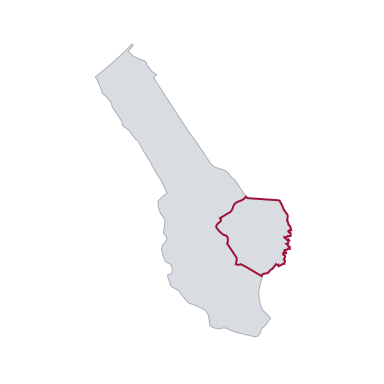 location of Atakora within Benin, rotated 147°
{"feature_id": "BEN-2181", "entity_name": "Atakora", "entity_type": "Department", "adm_level": 1, "iso_a3": "BEN", "parent_name": "Benin", "parent_adm1": "", "projection": "robinson", "projection_center": [1.484, 10.71], "detail": "fine", "context": "in_parent", "style": "outline", "palette": "rose", "viewbox_px": 384, "rotation_deg": 147, "n_neighbors": 0, "source": "natural_earth", "source_scale": "10m", "svg_char_len": 4486}
<svg xmlns="http://www.w3.org/2000/svg" viewBox="0 0 384 384"><g transform="rotate(147 192 192)"><path d="M161.9,348.8L161.3,347.1L168.8,344.9L167.3,338.2L162.6,330.3L160.8,328.8L159.9,324.9L161.0,322.3L160.4,320.6L160.1,315.3L157.8,309.4L162.0,309.1L162.0,290.2L162.0,272.1L162.0,256.6L162.0,244.4L161.1,229.7L161.0,218.9L160.9,204.7L159.3,200.3L153.0,192.8L151.3,188.9L151.0,183.7L149.5,178.4L149.4,169.1L149.3,158.3L148.8,156.6L141.9,151.4L132.2,144.1L124.7,138.5L124.2,138.1L123.4,136.7L124.5,120.3L126.1,118.1L128.4,111.4L129.6,105.9L130.7,105.9L132.2,104.1L133.4,101.5L134.7,102.1L136.8,102.6L137.8,101.7L137.7,99.6L138.4,97.6L140.1,96.7L140.5,94.8L140.6,92.7L142.0,92.2L144.5,92.3L146.6,91.6L148.2,90.5L150.3,86.3L151.5,84.8L151.9,83.7L153.1,82.8L156.4,82.4L159.1,82.7L160.8,85.2L172.3,83.0L177.8,84.3L189.0,73.5L191.5,70.4L194.9,62.8L196.1,59.9L197.1,54.7L194.9,45.1L195.0,43.4L199.6,41.3L205.4,39.7L207.6,39.6L209.1,38.8L211.2,36.7L214.6,35.2L216.6,35.7L217.8,36.0L230.0,48.7L235.2,55.1L236.7,58.4L239.4,60.8L243.4,62.2L247.1,65.5L249.9,70.1L248.1,73.4L245.3,80.2L245.1,85.4L251.9,96.6L252.7,97.7L254.4,99.4L255.4,101.5L256.2,107.0L256.7,113.2L257.2,117.3L260.5,123.2L260.7,125.5L258.5,134.2L257.9,135.2L257.3,135.4L253.8,134.7L252.3,135.6L250.4,138.6L249.3,141.5L249.2,142.8L252.3,148.3L250.4,156.2L248.4,161.1L244.8,163.9L241.6,164.6L239.3,165.9L238.0,167.7L238.2,173.3L233.5,178.5L230.8,182.1L229.6,184.3L230.1,191.0L228.4,197.7L225.5,203.0L218.9,204.2L213.4,204.8L211.6,218.3L211.6,226.9L211.2,235.7L210.2,239.2L210.6,244.3L210.2,255.6L209.5,264.6L210.5,267.0L211.0,272.2L211.0,277.7L212.4,281.4L213.9,284.7L213.9,286.4L213.1,287.5L212.4,288.9L212.4,301.7L212.7,305.5L212.3,308.0L211.1,310.0L211.6,316.5L212.5,320.6L213.5,323.7L212.6,326.2L211.8,329.6L210.5,338.1L210.5,341.1L191.7,343.2L170.6,346.6L161.9,348.8Z" fill="#d9dde1" stroke="#a8b0b8" stroke-width="1"/><path d="M178.0,84.5L179.2,83.8L179.4,83.6L179.6,83.9L188.3,101.4L190.5,104.9L190.9,104.9L191.5,105.1L191.9,105.3L192.1,105.4L192.3,105.5L192.5,105.6L193.2,106.0L194.6,107.6L192.0,110.1L191.1,111.2L190.6,112.1L190.5,112.7L190.4,113.6L190.6,129.8L190.1,130.1L189.2,130.7L189.0,130.8L188.9,130.9L187.8,132.6L187.2,133.7L186.9,134.5L186.9,135.2L186.9,136.0L186.9,136.3L187.0,136.4L187.1,136.8L187.4,137.2L188.5,138.4L188.8,138.8L189.0,139.2L189.7,141.1L189.8,141.9L190.5,144.3L190.8,147.9L190.8,148.9L190.7,149.5L190.5,149.8L190.2,150.1L189.9,150.5L189.5,150.7L187.7,151.4L187.0,151.6L184.6,151.7L184.1,151.8L183.7,152.1L183.4,152.2L183.2,152.5L182.9,153.0L182.7,153.4L182.6,153.7L182.7,153.9L182.8,154.8L170.1,154.4L168.5,155.1L166.9,156.1L165.4,157.4L163.5,158.5L161.3,159.1L158.5,158.8L156.6,158.3L154.4,158.0L152.5,157.9L150.0,158.5L149.4,158.7L149.4,158.3L148.8,156.6L144.1,153.1L137.7,148.3L133.9,145.4L131.3,143.5L127.1,140.3L123.7,137.7L123.3,137.0L123.3,135.8L123.9,130.6L124.6,127.7L124.6,125.7L124.3,121.2L124.9,119.5L127.3,116.9L127.9,115.9L128.0,115.4L128.1,114.2L128.2,113.7L128.9,112.2L128.8,111.6L128.5,110.6L128.4,110.1L128.5,109.0L129.6,105.9L131.0,106.8L131.6,106.9L132.4,106.9L132.6,106.6L132.7,106.0L132.7,105.4L132.4,105.1L132.0,104.9L131.9,104.5L131.9,103.9L131.9,103.4L132.1,103.3L132.4,102.6L132.7,102.0L133.0,101.6L133.4,101.6L134.4,101.7L134.7,102.0L134.9,102.2L135.2,102.3L135.3,102.4L135.5,102.9L135.6,103.0L135.9,103.0L136.4,102.7L136.5,102.7L137.9,102.9L138.4,103.0L138.5,103.3L138.8,103.8L139.1,104.1L139.3,103.9L139.3,103.1L138.8,102.5L138.5,102.0L138.5,101.4L138.5,100.8L138.4,100.2L137.9,100.0L137.7,99.9L137.7,99.7L137.8,99.1L137.7,98.8L137.3,98.7L137.0,99.0L136.9,99.1L136.8,98.3L137.1,98.2L138.5,97.8L138.8,97.6L139.1,96.7L139.3,96.4L139.8,96.4L140.7,96.9L141.1,97.1L140.9,96.2L140.7,94.5L139.9,93.0L140.1,92.3L140.6,91.8L141.0,91.0L141.5,91.4L141.8,92.0L141.7,92.2L142.1,92.3L142.4,92.1L142.6,92.0L143.0,91.9L143.8,91.9L144.5,92.1L146.0,92.9L146.6,91.8L146.7,91.4L146.6,90.9L146.1,90.4L146.0,90.0L146.3,89.4L146.7,89.6L147.3,90.3L147.6,90.9L147.9,90.4L148.2,90.3L148.5,90.4L148.8,90.9L149.6,90.1L149.5,89.5L149.1,88.8L148.8,87.9L149.2,86.9L150.1,86.3L151.1,85.8L151.8,85.3L151.4,84.2L151.5,83.8L151.8,83.2L152.4,82.7L152.9,82.5L153.0,82.5L153.4,82.2L153.7,81.5L154.4,81.9L155.3,82.1L159.5,82.5L159.4,82.8L159.3,83.5L159.2,83.9L160.0,83.8L160.9,85.8L161.8,85.4L162.5,85.0L164.6,84.5L165.5,84.0L166.2,83.8L168.1,83.9L169.0,83.9L170.7,83.1L171.6,82.9L172.4,83.2L172.8,82.8L173.3,82.9L174.5,83.5L176.4,84.4L178.0,84.5Z" fill="none" stroke="#9f1239" stroke-width="2"/></g></svg>